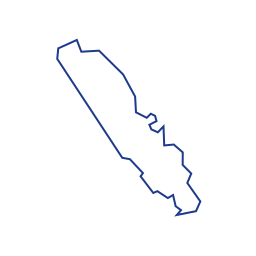 the district of Aerodrom, Gazi Baba, North Macedonia, rotated 26°
{"feature_id": "65306769B95040273905804", "entity_name": "Aerodrom", "entity_type": "district", "adm_level": 2, "iso_a3": "MKD", "parent_name": "North Macedonia", "parent_adm1": "Gazi Baba", "projection": "equal_earth", "projection_center": [21.518, 41.968], "detail": "fine", "context": "isolated", "style": "outline", "palette": "blue", "viewbox_px": 256, "rotation_deg": 26, "n_neighbors": 0, "source": "geoboundaries", "source_scale": "gbopen_adm2", "svg_char_len": 585}
<svg xmlns="http://www.w3.org/2000/svg" viewBox="0 0 256 256"><g transform="rotate(26 128 128)"><path d="M225.6,172.9L225.2,162.3L205.4,151.4L204.8,141.2L193.3,137.2L187.9,125.9L176.4,122.8L168.2,127.8L159.2,111.0L156.7,118.8L149.6,119.0L145.8,115.7L150.6,109.3L147.0,105.2L142.2,105.2L140.4,110.6L128.3,110.4L120.6,96.6L100.1,82.0L68.1,71.2L52.6,79.9L43.4,71.3L30.4,87.0L34.1,96.9L135.9,157.3L143.4,155.2L161.2,162.0L160.5,165.9L179.2,175.3L182.1,171.9L194.5,173.5L197.9,168.5L205.1,177.4L211.7,178.6L210.0,184.8L225.6,172.9Z" fill="none" stroke="#1e3a8a" stroke-width="2"/></g></svg>